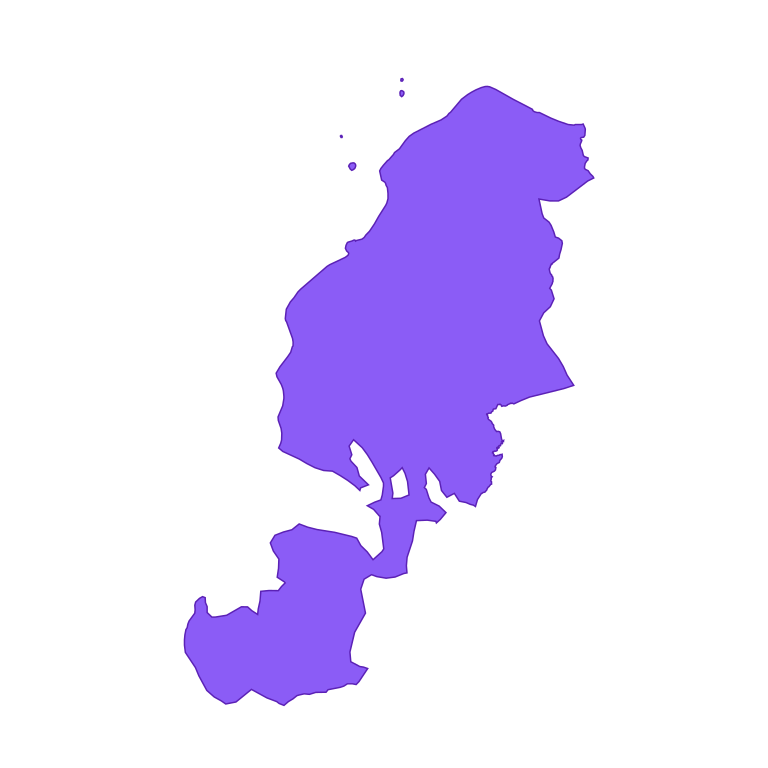 Nias, Sumatera Utara, Indonesia (Mercator projection), rotated 259°
{"feature_id": "22746128B114560941686", "entity_name": "Nias", "entity_type": "district", "adm_level": 2, "iso_a3": "IDN", "parent_name": "Indonesia", "parent_adm1": "Sumatera Utara", "projection": "mercator", "projection_center": [97.729, 1.084], "detail": "fine", "context": "isolated", "style": "filled", "palette": "violet", "viewbox_px": 768, "rotation_deg": 259, "n_neighbors": 0, "source": "geoboundaries", "source_scale": "gbopen_adm2", "svg_char_len": 6157}
<svg xmlns="http://www.w3.org/2000/svg" viewBox="0 0 768 768"><g transform="rotate(259 384 384)"><path d="M132.8,146.6L117.0,151.6L109.2,157.6L104.0,163.8L100.1,167.6L100.1,178.0L109.5,195.6L98.2,209.2L92.7,218.1L90.4,220.1L87.6,224.5L90.5,229.6L92.3,234.6L94.7,239.1L94.9,241.2L95.1,246.5L93.6,251.6L94.3,258.2L92.5,268.3L94.6,270.8L94.6,283.1L95.1,286.9L96.7,290.9L95.7,295.9L94.3,299.3L96.7,302.7L107.8,313.7L110.0,309.9L111.3,306.3L117.7,298.4L127.4,299.4L145.9,307.8L162.6,322.1L187.0,322.0L196.2,327.2L199.2,335.4L196.3,340.2L193.0,349.0L192.4,358.0L194.2,367.3L194.2,370.5L201.4,371.3L209.5,373.6L224.5,382.0L233.6,385.3L243.7,389.8L242.1,400.5L239.3,408.7L237.6,408.9L240.3,413.4L245.9,420.3L253.6,414.9L259.1,407.7L263.7,406.4L272.5,405.4L274.6,403.8L278.2,406.6L287.5,407.4L293.0,412.2L285.9,416.4L277.8,420.1L268.5,420.1L260.8,424.1L263.2,432.2L254.6,435.6L252.0,441.9L249.4,445.7L248.0,448.7L246.3,450.4L252.7,453.7L258.0,458.7L257.9,459.2L258.6,460.6L258.6,462.4L260.4,464.7L261.4,465.2L262.9,466.6L263.1,467.3L265.1,469.6L265.2,470.5L267.6,470.9L268.5,470.3L270.5,471.3L271.4,471.2L272.3,472.5L273.2,471.6L275.1,471.6L276.6,472.8L277.4,475.7L278.4,477.0L280.8,477.9L281.4,477.2L282.3,477.6L284.2,479.6L285.0,482.2L286.9,483.2L288.6,485.4L290.1,486.3L292.5,486.5L292.3,485.4L292.6,484.6L292.1,483.3L292.3,481.9L291.9,480.4L292.8,478.1L293.7,478.6L294.3,478.1L295.5,477.9L295.8,477.4L296.8,478.1L296.6,478.9L297.1,479.5L296.7,480.9L297.1,482.3L297.8,482.8L298.5,482.6L299.2,482.9L299.6,482.5L300.1,482.7L300.2,483.5L299.2,483.8L299.3,484.6L299.8,484.9L300.7,484.3L301.1,484.6L301.6,485.4L301.6,485.9L301.1,486.1L301.2,486.6L303.4,487.6L303.4,488.1L302.9,488.7L303.1,488.9L303.6,488.6L304.3,489.1L304.8,488.7L305.0,489.8L304.7,490.3L305.7,490.6L305.3,489.7L305.6,489.3L307.5,488.9L313.0,489.0L315.0,488.5L315.8,486.9L315.8,485.5L318.3,484.1L321.0,483.5L322.7,483.8L324.7,482.6L325.6,482.6L327.0,482.0L329.4,479.8L330.4,479.5L331.4,480.0L332.1,479.5L333.4,479.7L334.2,479.0L334.8,479.0L335.1,479.4L334.8,480.0L335.4,480.9L335.0,483.4L336.1,484.3L336.8,485.8L337.8,486.1L338.5,486.6L338.4,489.1L342.2,491.8L341.8,493.5L342.1,494.0L341.0,495.0L340.1,495.1L339.6,495.4L339.8,496.8L339.2,499.0L339.6,500.9L340.1,501.2L340.6,503.6L341.0,504.4L340.6,504.9L340.8,506.0L339.7,507.7L341.6,515.3L343.4,524.4L345.2,559.8L346.5,570.0L357.8,565.4L366.9,563.3L375.7,560.2L392.4,551.7L400.9,549.7L416.3,548.6L423.4,554.4L428.1,562.0L435.2,567.2L444.2,566.2L446.3,564.9L450.4,568.3L451.5,568.7L452.2,569.3L455.5,570.1L457.5,569.9L458.1,569.3L459.3,569.3L459.8,568.8L461.6,568.2L465.4,568.1L465.7,568.6L466.8,569.0L467.0,569.5L468.7,570.2L469.6,571.7L469.9,571.4L474.2,579.7L478.0,581.2L482.1,583.4L488.0,585.9L490.7,585.9L493.9,583.2L495.6,580.2L500.8,579.7L507.8,578.3L511.4,576.9L516.5,572.5L521.1,571.7L536.0,571.4L532.1,581.7L530.4,590.2L532.6,598.8L544.4,622.7L546.2,629.2L547.9,628.7L551.1,626.5L554.4,625.1L556.2,622.7L557.4,622.0L559.0,622.3L562.2,623.6L564.4,625.8L565.0,626.9L566.9,627.5L569.0,624.1L570.3,623.3L575.6,623.1L578.1,622.3L580.8,622.0L582.1,622.5L585.2,624.6L585.9,624.6L586.4,623.8L587.8,623.8L588.3,624.6L588.2,627.1L589.7,628.6L595.5,630.2L596.6,630.2L601.2,629.1L601.0,627.5L602.2,621.2L601.8,620.1L603.6,614.2L608.6,605.5L613.2,598.5L620.8,588.4L621.3,586.0L622.6,583.5L624.2,582.1L625.0,582.2L625.4,582.0L626.3,580.9L638.6,565.4L651.8,549.9L655.6,544.4L656.4,542.2L656.7,540.0L656.4,536.1L655.2,530.4L653.8,525.8L652.1,521.3L648.7,514.4L638.0,501.1L637.2,499.4L635.2,497.2L634.5,495.7L632.3,490.3L630.0,479.8L624.6,461.1L622.3,456.0L618.8,451.4L611.9,444.0L609.2,438.5L607.5,437.1L605.6,434.6L603.3,431.7L602.6,430.0L598.9,425.2L596.2,422.1L594.0,420.4L584.6,420.6L582.0,423.3L580.8,423.8L578.5,424.0L576.1,424.8L570.4,424.3L565.2,423.3L561.1,421.3L559.1,419.8L549.7,410.9L542.9,405.1L536.7,398.9L533.7,394.6L531.6,392.5L530.4,390.0L530.1,384.2L529.7,383.3L530.8,382.9L531.0,381.8L530.5,380.0L530.1,375.7L529.7,374.9L527.4,373.2L524.6,372.0L521.7,372.7L519.7,374.2L518.7,374.2L517.2,373.2L515.7,370.1L511.5,353.6L510.3,350.5L493.0,320.3L490.8,317.1L485.8,312.0L482.5,307.8L476.1,302.4L467.1,299.6L465.0,299.6L463.7,300.2L446.2,302.9L442.6,302.8L438.8,302.0L438.0,301.1L433.0,298.5L429.3,294.8L420.7,285.1L415.2,280.2L411.5,280.3L403.1,283.1L399.1,283.8L396.5,283.9L391.1,283.4L389.0,283.0L381.9,280.4L371.9,273.7L368.4,273.3L360.0,274.5L355.2,274.3L348.6,272.8L345.5,271.3L341.3,268.4L337.1,271.8L326.5,286.5L320.7,293.0L315.0,300.3L310.6,308.3L308.3,316.8L302.4,323.6L296.3,330.0L289.7,336.0L284.1,340.0L286.5,341.2L288.0,349.5L298.4,342.2L307.2,341.5L314.5,336.9L317.1,336.2L320.7,338.9L329.7,337.9L335.1,343.5L325.6,350.5L317.8,354.2L309.6,357.3L292.9,363.1L287.0,364.6L283.8,364.0L275.3,361.1L270.8,358.8L269.8,352.4L267.7,344.4L262.9,349.9L255.3,354.3L254.9,354.9L247.4,352.7L238.7,353.4L222.2,352.3L219.8,350.0L213.6,339.7L222.4,335.5L229.8,330.4L237.9,327.8L240.5,323.2L247.8,307.3L253.9,290.5L258.0,281.8L262.8,274.0L258.5,265.8L257.9,257.0L256.3,248.1L249.7,242.1L241.2,243.5L232.2,247.4L223.2,245.3L214.7,242.3L208.6,248.6L207.6,249.0L204.8,244.8L201.3,240.8L203.2,231.7L204.0,223.5L194.7,220.9L187.1,217.6L181.9,216.0L186.7,211.0L191.2,207.6L192.5,201.5L187.0,185.4L187.4,173.9L188.0,170.6L193.4,166.8L199.2,167.9L203.5,167.0L208.4,167.7L209.9,165.3L208.8,162.0L205.9,157.5L203.0,156.1L198.3,155.5L195.1,154.5L188.6,147.5L185.8,145.7L182.4,144.3L180.7,142.7L175.7,140.7L170.9,139.3L165.7,138.3L158.4,137.8L141.6,144.8L132.8,146.6ZM275.2,371.9L290.7,372.2L292.1,375.8L296.6,383.4L298.4,385.9L292.3,387.6L283.7,388.5L270.3,387.4L268.6,378.8L270.0,370.2L275.2,371.9ZM605.6,397.7L606.7,396.8L607.0,395.8L607.0,393.3L606.0,391.9L604.6,390.9L601.4,391.9L599.9,393.1L600.2,394.6L600.6,395.0L600.8,396.0L601.6,396.8L603.1,397.7L604.3,398.0L605.6,397.7ZM667.4,458.9L668.6,457.5L668.6,456.4L667.9,455.7L666.7,455.2L664.2,455.0L662.7,456.2L663.5,457.7L665.0,458.9L666.7,459.2L667.4,458.9ZM679.6,460.8L680.4,460.2L680.2,458.9L678.4,458.4L677.9,459.2L677.9,459.9L678.9,460.8L679.6,460.8ZM634.5,390.2L636.0,389.9L636.2,389.2L635.7,388.5L634.2,388.9L634.0,389.7L634.5,390.2Z" fill="#8b5cf6" stroke="#5b21b6" stroke-width="1.5"/></g></svg>